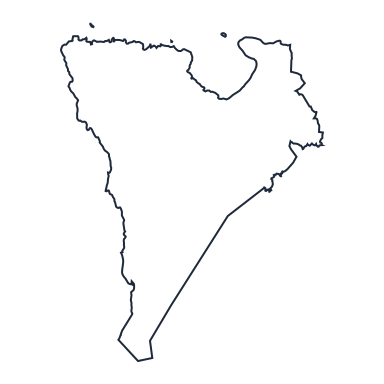 Gazelle District, East New Britain, Papua New Guinea (Robinson projection)
{"feature_id": "67681753B97447526422364", "entity_name": "Gazelle District", "entity_type": "district", "adm_level": 2, "iso_a3": "PNG", "parent_name": "Papua New Guinea", "parent_adm1": "East New Britain", "projection": "robinson", "projection_center": [151.83, -4.567], "detail": "fine", "context": "isolated", "style": "outline", "palette": "slate", "viewbox_px": 384, "rotation_deg": 0, "n_neighbors": 0, "source": "geoboundaries", "source_scale": "gbopen_adm2", "svg_char_len": 5757}
<svg xmlns="http://www.w3.org/2000/svg" viewBox="0 0 384 384"><path d="M290.2,44.8L287.9,45.5L286.1,44.8L283.4,44.7L281.5,44.1L280.7,43.4L280.6,41.4L280.1,40.8L279.2,40.7L276.3,41.5L273.2,43.3L269.7,43.1L265.8,43.9L264.3,43.6L263.1,42.8L260.3,39.8L255.8,38.3L252.1,37.6L245.8,37.3L244.2,37.8L242.0,39.5L240.1,40.4L238.8,41.8L238.3,42.8L238.2,44.5L239.5,47.4L242.4,50.5L245.6,55.3L248.9,57.3L251.8,58.5L253.8,58.9L255.4,60.5L256.1,61.3L256.6,63.8L256.4,66.2L255.1,69.9L252.0,74.6L250.6,77.8L249.2,79.9L245.1,84.4L243.7,86.6L242.9,87.0L239.9,90.4L238.4,91.5L233.0,94.9L229.1,98.2L226.5,99.4L223.4,98.5L221.2,99.0L218.9,98.7L218.1,97.8L218.4,96.4L218.3,95.3L215.2,92.8L212.2,91.7L210.7,91.9L209.4,90.6L207.2,90.5L205.4,91.4L204.2,90.8L203.5,90.2L203.4,89.8L204.4,88.8L204.4,87.9L204.1,87.4L201.8,86.6L201.0,85.9L199.5,83.8L198.8,83.7L196.5,81.8L196.1,80.5L195.7,80.1L194.6,79.5L193.3,78.3L191.5,78.6L191.3,78.2L192.1,77.0L191.7,75.4L189.9,73.1L188.0,72.2L187.2,71.4L187.3,70.6L188.4,69.9L189.7,67.6L189.6,66.1L189.9,65.0L190.7,63.9L190.9,62.3L192.1,60.6L192.3,57.0L190.7,52.3L184.3,49.2L183.1,49.3L181.4,50.7L180.7,51.0L178.8,51.0L177.5,50.4L175.2,48.3L173.7,46.1L172.3,46.9L170.2,47.1L168.4,46.0L166.9,46.1L164.6,45.7L161.9,45.0L161.0,44.2L160.7,44.3L160.8,45.6L160.4,46.3L158.1,46.0L156.5,47.9L155.8,46.7L154.0,45.6L153.1,46.2L152.3,46.3L151.6,47.3L150.9,47.6L150.4,43.7L150.0,45.5L149.5,46.2L146.2,49.2L144.5,49.9L143.5,49.5L142.9,48.7L143.2,47.4L143.1,44.5L142.8,44.0L139.3,42.0L138.2,41.9L136.0,42.3L134.9,41.4L133.7,41.0L132.6,42.0L129.2,42.7L128.1,43.6L127.0,43.7L126.4,43.2L125.8,42.0L125.9,40.7L124.9,39.4L124.2,39.4L123.1,41.0L119.7,40.0L115.5,39.9L115.0,40.1L114.1,41.4L113.8,41.4L114.1,39.2L113.5,37.9L113.1,37.9L111.8,39.5L111.7,40.9L111.1,41.8L110.4,42.2L109.6,42.2L108.8,39.9L106.7,41.1L105.2,41.0L104.0,42.0L100.8,41.6L96.8,41.8L94.5,40.5L93.7,40.4L92.3,41.6L91.9,42.7L92.1,44.0L91.0,44.5L90.1,41.9L87.1,41.8L86.3,41.1L86.7,38.7L86.3,37.8L85.0,38.9L84.0,39.3L82.6,39.3L81.6,40.4L79.4,40.4L78.5,39.6L78.6,38.1L78.3,36.7L77.9,36.2L73.3,36.2L72.9,36.9L72.9,38.0L72.4,39.0L72.6,40.6L72.0,41.0L68.9,41.4L66.1,44.7L64.6,44.6L63.2,45.3L62.1,46.4L61.1,49.3L61.1,50.9L63.3,55.5L64.4,56.7L64.7,57.6L64.3,59.4L64.4,60.1L66.3,63.1L66.2,65.4L67.9,69.0L68.1,71.1L69.2,72.1L69.4,74.2L72.5,78.2L72.7,80.8L71.9,81.8L70.6,81.8L70.0,82.3L68.5,86.1L68.6,86.7L69.4,87.5L70.0,89.3L71.0,91.2L73.3,93.4L75.4,97.2L76.7,98.3L78.1,100.3L76.7,103.7L76.7,105.5L77.5,108.1L77.6,111.0L77.1,113.4L77.2,118.4L78.6,120.5L79.2,120.8L80.1,120.5L82.0,121.8L84.8,121.7L86.0,122.5L86.9,124.8L86.5,127.7L86.8,129.2L87.6,130.1L88.6,129.9L89.9,128.1L90.8,128.2L91.7,129.2L94.1,134.3L95.6,136.8L96.5,137.3L98.1,137.3L99.9,141.3L99.7,142.5L103.0,146.8L103.6,148.6L105.0,150.6L107.0,152.0L108.6,153.6L109.0,154.6L109.0,156.5L109.5,157.5L109.8,159.4L110.4,161.0L110.7,166.4L111.2,167.6L111.1,169.6L110.0,172.2L109.4,172.8L108.0,172.5L108.2,174.4L108.7,175.9L108.0,179.0L107.7,182.8L106.9,185.2L105.6,191.0L106.3,191.3L108.1,190.4L108.9,190.7L109.6,193.4L110.1,194.1L111.7,194.7L112.3,195.3L112.7,196.6L114.4,199.2L114.4,201.0L115.0,202.1L116.1,206.5L116.7,207.3L118.3,208.0L119.8,207.4L120.2,207.5L121.0,209.0L121.9,211.5L121.9,215.6L124.0,219.6L124.1,220.5L123.5,222.2L123.4,223.6L124.5,230.7L125.1,231.5L123.8,233.4L123.8,234.6L125.7,236.6L125.1,237.9L124.0,239.1L123.7,240.5L124.0,242.9L123.9,245.5L124.2,246.4L124.1,248.0L122.3,250.9L122.2,251.4L122.5,252.2L121.0,252.7L122.1,255.1L123.1,259.5L123.2,262.3L122.1,270.6L122.1,272.8L122.3,273.8L123.4,276.1L125.5,278.7L128.4,283.4L130.1,284.1L131.4,284.1L132.7,284.8L132.9,284.3L131.6,282.9L131.7,281.3L133.7,283.6L134.1,284.9L134.1,288.2L133.6,290.0L131.1,292.2L131.5,295.5L130.8,300.0L131.5,302.9L131.4,305.5L131.7,306.6L131.7,308.7L131.3,310.8L131.7,312.4L132.2,313.2L132.2,314.3L122.2,330.5L120.7,334.5L120.9,335.0L120.3,335.8L119.2,338.7L118.4,339.8L138.0,361.0L152.3,358.0L150.0,340.8L171.1,305.3L227.8,216.0L263.5,188.4L264.2,187.4L265.3,188.1L265.3,190.6L265.5,190.9L266.4,190.9L266.9,189.8L267.7,189.9L268.1,189.5L268.9,189.3L269.4,189.9L269.2,191.2L269.3,191.8L269.5,191.8L270.5,190.5L271.2,190.3L270.4,188.3L271.9,186.8L272.8,184.5L272.6,182.1L272.2,181.1L272.4,180.2L271.3,179.1L271.3,178.4L273.8,177.1L274.3,176.4L274.3,175.9L273.8,175.0L274.3,174.7L275.8,174.8L276.5,173.7L277.1,173.7L278.6,174.0L279.6,174.8L279.9,175.6L280.9,176.3L281.1,176.2L280.4,174.1L280.6,173.8L281.0,174.2L282.2,173.4L282.1,171.7L282.3,171.5L282.8,172.0L284.8,171.3L287.3,169.3L293.2,162.6L296.5,156.7L290.9,149.1L289.4,146.1L290.5,141.4L291.0,142.0L291.9,142.2L292.6,143.0L293.8,143.6L294.9,143.5L296.8,143.8L298.8,144.5L299.6,145.3L301.0,145.7L302.3,147.5L302.7,149.1L303.2,148.9L304.5,146.8L305.5,146.1L306.2,146.1L307.5,144.1L307.9,144.8L309.8,145.7L311.9,143.5L312.4,144.2L314.3,145.3L315.2,145.2L316.1,144.0L316.5,145.4L318.0,146.7L318.6,146.7L319.2,145.6L320.3,145.2L321.9,145.1L321.7,145.0L321.8,143.6L321.4,142.9L320.3,142.6L320.0,141.7L320.9,139.4L322.4,138.0L322.3,135.7L322.9,132.5L319.0,132.0L319.3,126.0L318.8,124.5L318.0,123.4L317.5,120.1L316.9,118.8L316.0,118.4L313.9,118.4L315.6,115.6L316.5,112.1L316.2,111.9L315.6,112.3L314.6,112.0L312.2,110.1L310.8,106.5L309.5,106.5L302.8,95.3L301.8,94.5L300.0,94.2L299.3,94.7L297.2,91.5L295.7,90.9L300.1,88.4L304.8,83.2L301.8,79.3L301.1,77.1L301.1,75.4L297.6,73.4L291.0,71.7L291.4,60.0L291.9,58.7L291.6,54.8L291.7,52.9L291.0,51.8L289.9,48.8L290.2,44.8ZM225.1,36.8L225.8,36.2L225.8,34.8L225.4,34.2L223.8,33.2L222.6,33.2L221.5,33.7L221.4,34.3L221.7,34.9L225.1,36.8ZM93.3,27.1L93.5,26.7L92.5,25.5L91.7,25.4L91.3,25.8L91.5,26.5L93.3,27.1ZM171.9,42.1L172.2,41.5L171.2,40.8L171.3,42.0L171.9,42.1ZM90.6,24.9L91.0,24.4L90.3,23.0L90.3,24.6L90.6,24.9Z" fill="none" stroke="#1e293b" stroke-width="2"/></svg>